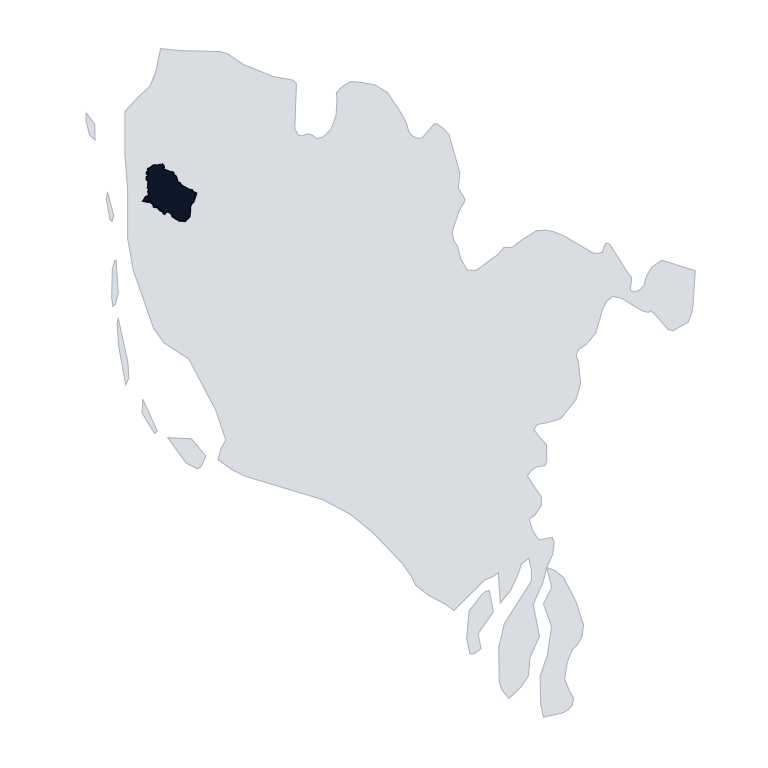 Westerkwartier, Groningen, Netherlands shown in context, rotated 272°
{"feature_id": "6326949B76926686027911", "entity_name": "Westerkwartier", "entity_type": "district", "adm_level": 2, "iso_a3": "NLD", "parent_name": "Netherlands", "parent_adm1": "Groningen", "projection": "equal_earth", "projection_center": [6.305, 53.214], "detail": "fine", "context": "in_parent", "style": "filled", "palette": "ink", "viewbox_px": 768, "rotation_deg": 272, "n_neighbors": 0, "source": "geoboundaries", "source_scale": "gbopen_adm2", "svg_char_len": 7733}
<svg xmlns="http://www.w3.org/2000/svg" viewBox="0 0 768 768"><g transform="rotate(272 384 384)"><path d="M508.0,691.1L490.6,690.6L474.3,690.2L465.6,689.1L456.5,685.8L456.4,685.8L452.3,679.0L447.2,670.8L448.6,665.8L464.0,651.5L466.3,647.6L464.7,645.5L466.3,639.2L478.1,618.0L479.6,609.5L474.4,603.6L466.8,600.0L442.3,593.8L430.7,584.9L425.3,577.2L419.8,575.0L411.8,577.6L391.4,580.5L374.9,576.3L355.5,561.7L351.1,548.7L348.8,538.7L343.9,535.3L337.3,540.4L329.0,548.5L312.6,549.5L307.9,547.6L307.2,543.1L306.3,538.8L301.8,533.5L297.0,530.5L276.1,545.5L268.3,545.4L258.6,539.7L253.9,534.0L243.2,537.3L233.5,544.2L236.6,557.3L231.4,559.7L219.6,558.5L206.3,553.1L191.4,549.8L169.0,540.8L137.3,548.1L115.5,539.4L97.4,538.5L86.1,531.6L74.1,519.8L82.9,512.1L91.4,509.4L124.7,507.9L148.8,512.6L192.0,538.1L203.0,537.9L214.7,534.7L208.9,527.7L198.0,524.4L181.9,517.6L169.2,507.9L199.5,504.8L195.4,499.8L191.5,491.3L160.0,461.8L165.6,453.8L173.9,436.6L184.1,422.4L192.1,418.6L205.4,408.5L234.2,379.0L252.6,355.0L266.3,326.6L286.9,248.7L292.8,235.5L302.5,220.8L314.3,223.6L322.5,227.8L351.8,216.8L402.1,188.1L417.0,163.3L431.5,151.8L489.0,129.4L520.7,122.7L569.5,121.0L604.8,117.0L647.2,115.6L663.4,129.4L672.9,139.5L688.0,145.1L711.4,149.0L710.1,169.0L710.5,208.5L708.8,215.6L698.4,232.3L687.4,262.4L684.5,282.2L681.1,286.0L636.4,285.9L630.0,289.4L629.1,293.7L631.4,298.8L630.3,303.9L626.8,308.0L628.8,314.6L636.6,322.1L650.7,326.7L665.9,327.1L673.7,326.3L679.4,331.6L685.1,339.9L684.7,350.3L682.6,364.3L675.5,377.2L654.8,392.1L645.5,397.3L636.8,400.0L632.7,404.0L630.7,409.0L631.2,413.4L646.0,425.4L645.6,428.1L641.4,434.4L635.7,440.2L597.6,452.4L581.9,451.5L572.9,457.6L570.1,458.7L560.1,453.1L537.9,446.7L529.5,448.9L524.8,452.4L510.8,456.7L500.8,463.4L500.7,472.1L518.4,494.5L524.7,498.9L525.0,507.3L533.6,517.8L542.4,531.0L543.3,539.4L542.3,547.9L537.7,559.9L522.2,588.2L522.0,593.6L523.3,597.8L528.6,598.9L532.7,601.0L531.5,604.8L502.5,624.5L498.8,627.9L486.6,626.9L484.8,630.2L486.4,635.6L491.1,640.2L501.4,642.7L510.3,647.7L517.4,657.4L508.0,691.1ZM206.3,553.1L203.7,561.2L196.9,570.2L174.0,583.2L150.3,591.8L138.1,590.7L129.9,586.2L125.4,581.5L112.9,577.0L95.6,574.8L84.7,579.6L76.9,584.3L70.1,583.5L65.1,579.6L61.4,573.7L56.6,555.0L69.6,551.6L97.6,550.3L119.2,556.8L147.6,560.0L169.6,551.0L186.6,558.7L206.3,553.1ZM160.2,477.0L176.6,488.8L180.1,492.5L181.3,496.5L160.1,501.2L137.8,486.8L122.9,490.2L117.5,483.4L117.4,479.1L132.9,475.5L160.2,477.0ZM322.5,193.5L305.7,208.5L295.6,204.3L292.6,200.8L297.9,189.2L322.8,169.8L322.5,193.5ZM397.0,127.2L381.3,128.9L374.2,125.9L412.1,117.6L436.0,115.1L440.2,116.2L397.0,127.2ZM498.4,111.9L465.3,115.3L454.1,112.7L452.2,110.3L461.3,108.8L489.5,108.5L498.2,110.6L498.4,111.9ZM360.4,143.5L329.2,159.0L326.5,156.5L346.7,143.1L360.4,143.5ZM633.5,85.9L617.9,86.6L622.4,81.1L636.8,76.9L644.5,76.9L633.5,85.9ZM566.2,101.0L542.7,108.1L537.0,106.6L538.4,104.5L559.1,100.1L566.2,101.0Z" fill="#d9dde1" stroke="#a8b0b8" stroke-width="1"/><path d="M595.6,154.1L595.4,152.4L595.3,151.9L595.4,151.5L595.4,151.4L595.1,150.7L594.8,150.1L594.6,149.6L594.5,149.3L594.5,148.9L594.6,148.7L594.9,148.3L595.0,148.2L594.9,147.8L594.8,147.5L594.8,147.4L594.8,147.0L594.9,146.7L594.9,146.4L594.9,146.2L594.5,145.6L594.0,144.9L592.4,143.0L591.6,142.1L591.2,141.7L591.4,141.2L591.4,140.8L591.3,140.7L590.8,140.4L590.4,140.2L590.0,140.2L589.8,140.3L589.7,140.6L589.5,140.8L589.2,140.9L588.9,140.9L588.2,140.7L587.8,140.6L587.6,140.5L587.6,140.4L587.9,140.0L587.9,139.8L587.9,139.7L587.6,139.4L587.3,139.3L587.0,139.2L586.7,139.1L586.3,139.2L585.7,139.3L585.3,139.6L585.3,139.9L585.3,140.0L585.8,140.4L585.9,140.5L585.7,140.7L585.4,140.9L585.3,141.0L584.8,141.4L584.6,141.5L584.3,141.7L584.1,141.7L583.9,141.7L583.8,141.0L583.7,140.7L582.9,139.6L582.6,139.3L582.5,139.2L582.3,139.2L581.8,139.4L581.4,139.5L581.0,139.5L580.2,139.3L579.8,139.3L579.7,139.4L579.6,139.6L579.3,140.3L579.0,140.6L578.9,140.7L578.4,141.0L577.7,141.2L577.1,141.2L575.7,141.0L574.2,141.0L573.6,141.0L573.2,140.9L572.3,140.7L571.9,140.7L571.6,140.8L571.3,141.2L571.0,141.7L570.7,142.0L570.2,142.3L569.9,142.3L569.8,142.2L569.6,142.2L569.3,141.8L568.9,141.5L568.4,141.3L568.1,141.2L567.9,141.2L567.5,141.3L566.0,142.0L565.6,142.0L565.1,142.0L564.7,141.9L564.1,141.7L563.7,141.6L563.6,141.4L563.4,141.1L563.3,140.8L563.2,140.5L563.3,140.0L563.2,139.7L563.0,139.3L562.7,139.0L562.5,138.9L561.4,138.3L560.7,138.0L559.8,137.5L558.4,136.5L557.3,142.6L557.9,142.7L558.4,142.7L559.0,142.9L559.3,143.1L559.5,143.4L559.6,143.5L558.9,144.2L558.7,144.2L557.5,144.4L557.1,144.5L556.7,144.9L556.6,145.0L556.3,145.4L556.3,145.5L556.3,146.0L556.1,146.1L555.8,146.3L555.7,146.4L555.7,146.6L555.7,147.0L555.4,147.3L555.2,147.3L555.2,147.2L554.8,147.1L554.3,147.1L553.9,147.1L553.5,147.2L553.4,147.3L553.0,147.5L552.7,147.8L552.8,148.2L552.7,148.5L552.6,148.8L552.5,149.0L552.6,149.4L552.6,149.5L552.5,149.8L552.4,150.0L552.7,150.8L552.8,151.0L553.1,151.3L553.2,151.6L552.9,152.0L552.5,152.1L552.1,152.1L551.9,151.9L551.6,151.9L551.4,152.0L551.1,152.3L551.1,152.5L550.7,152.9L550.4,153.0L550.1,153.5L550.3,153.7L550.3,153.8L550.1,154.1L549.8,154.3L549.5,154.3L549.2,154.3L549.1,154.5L549.3,154.8L549.6,154.9L549.7,155.0L549.5,155.3L549.5,155.5L549.4,155.6L549.1,155.7L548.8,155.7L548.7,155.8L548.8,156.1L549.0,156.3L549.1,156.5L549.0,156.8L548.9,156.8L548.5,156.7L548.4,156.7L548.3,156.9L548.1,156.9L547.9,156.9L547.8,157.0L547.7,157.1L547.4,157.2L547.2,157.2L547.0,157.3L546.8,157.4L547.6,157.9L547.9,157.9L548.0,158.1L547.6,158.3L547.2,158.4L546.4,158.5L546.3,158.9L546.4,159.0L546.6,159.0L546.2,159.1L546.3,159.2L546.6,159.2L546.8,159.4L546.8,159.5L547.0,159.6L547.6,159.7L547.9,160.0L548.0,160.1L548.0,160.4L548.2,160.6L548.2,160.8L548.2,161.1L548.8,161.5L548.8,162.0L548.7,162.2L548.7,162.3L548.8,162.5L548.7,162.6L548.5,162.8L548.3,162.9L548.1,163.0L547.9,163.2L547.9,163.3L548.0,163.5L547.9,163.7L547.7,164.0L547.4,164.2L547.5,164.4L547.3,164.6L547.1,164.7L547.1,164.8L547.0,165.0L546.8,165.1L546.5,165.3L546.2,165.4L546.0,165.6L545.8,165.8L545.7,165.9L545.7,166.0L545.4,166.3L545.2,166.3L544.8,166.3L544.5,166.3L544.3,166.4L544.2,166.4L544.1,166.5L543.7,166.6L543.8,166.9L543.7,167.1L543.8,167.3L543.7,167.4L543.7,167.5L543.4,167.9L543.2,168.0L542.9,168.2L542.8,168.4L542.6,168.6L542.4,168.9L542.3,169.1L542.0,169.7L541.9,169.8L541.7,170.1L541.2,171.1L540.6,172.5L540.0,173.0L539.9,173.3L539.6,178.5L539.6,179.8L539.8,180.0L540.0,180.1L541.1,180.8L541.7,181.6L542.1,181.9L542.0,182.0L544.6,184.1L547.6,184.2L548.4,184.4L549.9,184.5L551.1,184.5L553.6,184.3L554.0,184.3L554.3,184.4L554.6,184.5L556.2,185.0L557.4,185.7L557.7,185.9L558.7,186.9L559.0,187.4L568.1,190.0L570.1,185.8L571.3,185.7L571.6,182.8L571.7,182.6L574.5,176.9L574.3,176.9L574.3,176.2L574.8,175.7L575.2,175.3L575.4,175.3L575.5,175.1L575.7,174.8L575.9,174.8L576.2,174.4L576.4,174.2L576.6,173.9L577.2,173.7L577.9,173.2L578.1,172.9L578.1,172.0L578.2,171.7L578.3,171.4L578.4,171.2L578.6,171.0L578.8,170.9L579.4,170.8L579.3,170.7L580.0,170.5L580.5,170.5L580.9,170.2L581.0,170.3L581.5,170.2L581.9,169.9L582.4,169.8L582.8,169.6L583.2,169.3L583.4,169.2L583.5,169.3L583.8,169.3L584.3,168.9L584.6,168.8L584.8,168.7L585.1,168.2L585.2,167.9L585.4,167.0L585.9,166.9L588.1,166.3L588.0,165.8L588.5,165.4L588.7,165.1L588.3,164.7L588.7,163.3L588.9,162.6L589.8,160.0L589.9,159.8L589.8,159.7L590.0,159.4L590.0,159.2L590.5,158.0L590.6,157.6L590.7,157.4L590.9,156.9L590.9,156.7L590.9,156.3L591.0,155.7L592.3,155.9L592.2,156.0L592.3,156.3L592.6,156.3L592.9,156.4L592.9,156.7L593.2,156.6L593.3,156.7L593.5,156.7L594.1,156.1L594.7,156.3L595.0,156.0L595.0,155.9L595.3,155.6L595.7,155.2L595.8,155.2L596.1,154.9L595.8,154.6L595.7,154.5L595.6,154.4L595.6,154.1Z" fill="#0f172a" stroke="#020617" stroke-width="1.5"/></g></svg>